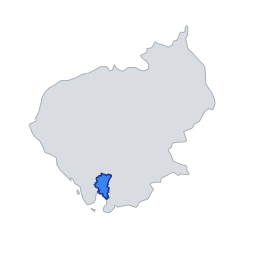 Srae Ambel, Kaôh Kong, Cambodia (highlighted), rotated 341°
{"feature_id": "14789045B17636878370616", "entity_name": "Srae Ambel", "entity_type": "district", "adm_level": 2, "iso_a3": "KHM", "parent_name": "Cambodia", "parent_adm1": "Kaôh Kong", "projection": "orthographic", "projection_center": [103.727, 11.257], "detail": "fine", "context": "in_parent", "style": "filled", "palette": "blue", "viewbox_px": 256, "rotation_deg": 341, "n_neighbors": 0, "source": "geoboundaries", "source_scale": "gbopen_adm2", "svg_char_len": 5985}
<svg xmlns="http://www.w3.org/2000/svg" viewBox="0 0 256 256"><g transform="rotate(341 128 128)"><path d="M216.7,50.4L217.3,52.4L215.9,56.1L214.4,59.5L211.5,62.5L211.4,64.7L210.5,71.3L210.9,73.3L211.6,75.1L212.6,76.0L215.2,82.4L217.6,88.1L220.0,92.9L220.4,95.9L218.4,103.5L216.1,110.6L216.4,114.1L217.5,117.6L218.6,122.2L219.1,128.2L218.6,132.1L217.5,134.5L215.4,137.0L213.6,138.3L211.4,136.2L209.6,136.2L207.2,136.8L205.4,137.8L201.6,141.5L197.4,145.1L191.6,146.0L189.4,148.7L187.0,149.1L182.3,149.3L179.3,149.9L179.5,151.2L179.3,157.5L179.4,158.9L178.9,159.3L176.8,159.5L173.3,158.6L168.5,157.1L165.1,156.9L163.3,159.6L162.3,160.7L161.0,160.9L159.6,161.3L159.2,162.6L159.1,164.1L159.8,166.7L160.0,170.8L159.9,173.6L161.2,175.4L168.5,181.3L170.7,182.8L171.0,183.7L169.7,186.9L170.9,191.5L168.6,191.4L164.7,189.5L162.9,188.3L160.7,189.3L159.9,189.1L158.4,186.9L156.4,184.6L154.4,184.4L150.1,185.4L145.7,186.0L144.1,186.0L143.4,186.4L140.9,189.9L139.8,189.3L135.4,188.0L131.4,187.5L130.6,188.4L131.1,191.2L132.0,193.9L131.4,195.1L129.2,196.5L126.3,199.1L124.5,201.1L123.3,201.6L118.9,201.6L114.4,201.8L112.6,203.7L111.0,205.2L109.6,205.6L103.7,200.9L92.2,199.3L91.0,197.3L89.9,196.9L88.8,199.5L82.5,202.1L79.9,200.6L77.9,198.7L78.2,196.4L80.0,194.5L83.2,193.1L84.6,188.4L82.2,182.3L80.1,180.6L77.9,179.2L75.6,181.4L73.7,185.3L71.6,187.3L68.7,187.7L64.5,187.5L62.9,181.8L62.4,176.8L63.0,171.2L63.6,167.9L59.6,163.2L59.3,158.9L57.4,156.6L56.8,157.7L56.9,159.0L56.3,158.1L50.0,145.2L48.9,139.2L50.0,134.6L50.7,133.1L48.9,130.7L46.3,127.9L41.7,124.3L41.4,118.6L40.5,111.9L39.1,109.6L37.0,105.5L35.9,102.0L35.6,93.0L36.2,92.3L39.4,92.0L43.5,91.4L44.2,89.9L43.5,88.7L46.1,86.7L49.9,82.2L52.9,77.5L55.0,74.6L56.3,71.6L60.5,67.5L66.4,64.6L70.4,63.9L74.5,63.0L78.5,61.6L80.4,61.4L85.3,63.1L88.0,63.6L90.8,63.5L93.7,63.7L96.2,63.5L102.3,62.3L108.7,63.3L114.4,62.5L121.5,61.1L124.9,62.0L128.1,63.3L128.6,66.1L129.3,67.3L130.4,68.3L131.8,68.3L133.6,66.4L135.1,64.4L135.6,64.0L135.6,65.0L136.4,67.1L137.8,69.2L139.1,70.6L141.4,72.5L142.9,72.6L147.7,70.8L155.0,73.3L155.9,74.6L158.3,77.1L160.8,79.0L166.5,79.1L168.5,74.5L167.5,71.7L164.2,66.8L163.3,63.9L164.3,63.4L169.7,62.8L170.6,62.3L171.8,59.1L173.3,59.4L176.3,59.8L179.5,57.6L181.4,55.3L182.4,56.4L183.6,57.9L184.8,58.9L187.1,60.2L189.7,62.1L191.3,64.0L192.6,64.7L195.8,64.1L196.7,64.2L198.5,61.9L199.8,60.6L201.0,61.0L202.6,60.9L205.9,58.0L207.8,55.3L208.9,54.5L211.9,55.8L213.1,55.5L214.8,51.9L216.7,50.4ZM60.8,174.2L60.1,174.5L59.5,174.5L58.9,174.0L59.0,171.9L59.4,170.6L60.5,170.4L60.8,174.2ZM70.3,194.6L69.0,196.0L67.0,193.1L67.0,192.3L70.3,194.6Z" fill="#d9dde1" stroke="#a8b0b8" stroke-width="1"/><path d="M88.0,162.2L87.9,162.3L87.7,162.9L87.6,163.0L87.5,163.4L87.4,163.5L87.2,163.7L87.2,163.8L86.9,163.9L87.0,164.0L86.9,164.0L86.6,164.1L86.6,164.3L86.4,164.2L86.2,164.0L85.6,163.8L85.3,163.7L85.0,163.8L84.9,163.9L84.8,164.0L84.7,164.1L84.4,164.3L84.0,164.6L83.9,164.8L83.5,164.5L83.3,164.5L83.2,164.5L82.9,164.6L82.7,164.6L82.4,164.6L82.2,164.7L82.0,164.8L81.9,165.0L82.0,165.2L81.9,165.3L81.7,165.5L81.5,165.8L81.4,166.0L81.4,166.4L81.4,166.5L81.4,166.8L81.6,167.1L81.5,167.3L81.4,167.5L81.4,167.8L81.5,167.8L81.8,168.1L81.8,168.4L81.6,168.5L81.5,168.8L81.4,168.9L81.2,168.9L81.1,169.0L81.0,168.9L80.9,169.1L80.7,169.2L80.5,169.3L80.4,169.3L80.2,169.3L79.9,169.3L79.7,169.4L79.7,169.5L79.4,169.5L79.5,169.7L79.5,169.8L79.3,169.9L79.2,170.2L78.8,170.4L78.6,170.6L78.3,170.9L78.1,170.9L78.2,171.0L78.1,171.8L78.3,171.9L78.1,172.3L78.3,172.4L78.4,172.6L78.3,172.9L78.4,173.5L78.5,173.7L78.8,174.1L79.0,174.2L79.4,174.3L79.7,174.7L79.9,174.9L80.1,175.0L80.3,175.1L80.4,175.3L80.5,175.4L80.3,176.3L80.2,176.5L80.2,176.8L80.2,177.0L80.1,177.3L80.0,177.5L80.2,177.8L80.5,177.8L80.4,177.9L80.3,178.0L80.5,177.9L80.4,178.0L80.5,178.0L80.3,178.1L80.2,178.1L80.0,178.3L80.1,178.5L79.8,178.7L79.7,178.7L79.5,178.4L79.4,178.6L79.2,178.5L79.1,178.4L79.1,178.2L78.9,178.4L78.9,178.2L78.7,178.3L78.6,178.6L78.7,178.8L78.8,178.9L79.0,179.1L79.1,179.3L79.3,179.6L79.4,179.8L79.6,180.1L79.6,180.3L80.0,180.7L80.0,180.9L80.0,181.1L80.3,181.2L80.8,181.4L81.0,181.3L81.3,181.3L81.8,181.4L82.2,181.6L82.3,181.6L82.4,181.9L82.4,182.0L82.5,182.0L82.4,182.3L82.1,182.5L82.1,182.8L82.2,183.0L82.3,183.1L82.4,183.3L82.5,183.3L82.5,183.6L82.5,183.8L82.6,184.2L82.6,184.4L82.5,184.5L82.4,184.5L82.9,185.2L83.3,185.9L83.3,186.1L83.4,186.4L83.5,186.5L83.9,187.2L84.1,187.8L84.3,187.7L84.4,187.8L84.3,188.0L84.5,188.2L84.8,188.2L84.8,187.9L85.0,187.9L85.1,188.1L85.5,187.8L85.4,187.7L85.5,187.6L85.8,187.5L85.7,187.5L85.7,187.4L85.8,187.3L85.8,187.2L85.9,187.3L85.9,187.2L86.0,187.2L86.3,186.9L86.3,187.0L86.4,186.9L86.4,187.0L86.5,186.9L86.7,186.7L86.7,186.8L86.9,186.8L86.9,186.7L87.0,186.8L87.0,186.7L87.1,186.1L87.1,185.9L87.1,185.5L87.2,185.2L87.1,184.7L87.0,184.3L86.9,183.6L87.1,183.0L87.3,182.7L87.5,182.7L88.0,182.5L88.2,182.4L88.3,182.1L88.6,181.9L88.8,181.8L89.0,181.9L89.0,181.7L88.9,181.6L89.0,181.5L89.0,181.4L89.0,181.2L88.9,181.2L88.9,181.3L88.8,181.0L88.8,180.9L89.2,180.7L89.5,180.4L89.5,180.2L89.7,179.9L89.6,179.7L89.9,179.5L89.9,179.4L89.9,179.2L90.0,179.1L90.2,178.9L90.3,179.0L90.5,178.8L90.4,178.6L90.2,178.4L90.3,178.3L90.1,178.2L90.0,177.9L89.9,177.5L89.8,177.2L89.6,176.9L89.4,176.6L89.2,176.5L89.2,176.4L89.3,176.4L89.5,176.3L89.7,176.0L89.8,175.9L90.0,175.6L89.9,175.4L90.0,175.3L90.1,175.1L90.5,174.9L90.4,174.8L90.4,174.7L90.5,174.5L90.8,174.4L91.0,174.0L90.9,173.8L91.0,173.6L92.6,171.7L93.6,170.5L94.0,170.1L94.3,169.9L95.9,168.8L96.1,168.6L96.1,168.3L96.3,168.2L96.6,168.1L96.7,167.9L96.7,167.5L96.5,167.1L96.3,166.6L96.0,166.5L95.9,166.6L95.5,166.5L95.3,166.4L95.1,166.0L95.0,165.8L94.5,165.4L94.3,165.4L93.8,165.6L93.7,165.5L93.3,165.6L92.9,165.9L92.7,165.8L92.2,165.9L92.1,165.7L92.0,165.4L91.8,165.2L91.7,165.2L91.5,164.8L91.4,164.6L91.1,164.5L90.5,164.4L90.3,164.1L90.1,164.1L89.7,163.9L89.6,163.7L89.2,163.2L88.9,163.1L88.7,163.0L88.6,162.7L88.4,162.6L88.0,162.2Z" fill="#3b82f6" stroke="#1e3a8a" stroke-width="1.5"/></g></svg>